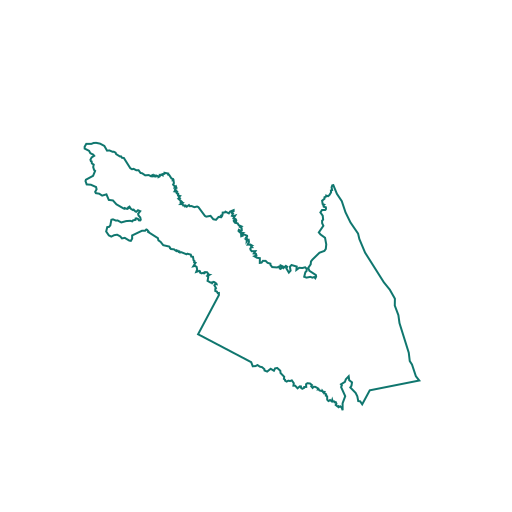 Manicoré, Amazonas, Brazil, rotated 118°
{"feature_id": "56859067B26711043280922", "entity_name": "Manicoré", "entity_type": "district", "adm_level": 2, "iso_a3": "BRA", "parent_name": "Brazil", "parent_adm1": "Amazonas", "projection": "natural_earth1", "projection_center": [-61.559, -6.788], "detail": "fine", "context": "isolated", "style": "outline", "palette": "teal", "viewbox_px": 512, "rotation_deg": 118, "n_neighbors": 0, "source": "geoboundaries", "source_scale": "gbopen_adm2", "svg_char_len": 6156}
<svg xmlns="http://www.w3.org/2000/svg" viewBox="0 0 512 512"><g transform="rotate(118 256 256)"><path d="M253.9,441.5L256.0,439.4L256.4,438.0L261.7,437.5L268.5,442.0L269.9,441.7L272.3,439.1L270.6,435.3L270.2,429.6L271.9,428.1L274.9,428.1L275.7,426.9L274.6,423.7L274.9,420.2L271.8,417.0L275.6,412.3L274.1,408.4L275.9,403.5L276.2,395.2L276.0,394.3L275.3,394.4L274.9,391.8L273.5,390.9L273.1,391.6L271.8,390.9L273.1,388.6L273.2,386.2L272.5,385.8L273.3,383.4L273.2,382.5L271.0,381.7L270.8,379.3L274.1,379.9L275.4,378.7L276.3,376.3L278.1,374.8L278.9,374.9L279.5,376.1L278.7,377.6L278.9,379.3L279.4,379.9L280.7,379.4L282.2,381.3L283.5,381.5L284.0,383.6L286.1,387.0L289.6,390.7L289.6,394.9L290.5,396.3L290.8,399.5L291.9,400.7L297.4,399.0L299.4,399.5L300.3,400.9L304.7,399.8L306.9,395.6L306.8,392.9L304.2,391.0L302.4,388.6L302.4,385.1L303.4,382.6L301.6,380.4L301.9,375.2L301.4,373.6L298.8,373.5L296.0,375.0L287.2,368.5L285.8,365.8L284.1,365.3L284.0,364.5L284.8,362.4L285.4,362.5L286.3,351.0L288.0,349.5L288.3,346.9L290.0,343.0L288.4,337.0L289.1,335.6L290.2,335.4L289.6,335.2L289.8,334.4L288.6,331.5L289.0,329.5L288.3,328.9L288.9,328.3L288.1,327.4L288.7,326.3L287.9,325.7L288.6,324.7L287.7,323.7L287.1,318.2L286.2,317.7L285.4,314.2L286.9,312.9L286.3,311.3L289.2,309.0L289.4,307.9L290.6,307.6L290.4,306.2L294.5,306.5L293.3,305.1L293.5,303.3L295.6,301.6L298.1,301.3L295.8,299.1L295.8,298.2L296.9,297.6L296.9,296.0L295.5,294.4L295.7,293.7L294.5,293.1L294.7,293.9L294.2,293.6L293.3,291.6L294.1,289.9L294.9,289.8L294.4,288.2L296.6,289.6L296.9,288.3L300.7,287.1L300.8,283.6L300.2,282.8L300.6,282.0L298.9,281.6L298.6,280.5L299.0,278.0L299.4,277.6L299.7,278.7L301.4,279.0L303.2,276.2L304.2,276.5L306.0,275.5L305.8,273.8L306.8,272.3L306.1,271.4L307.9,270.4L352.3,270.4L352.0,210.4L354.9,207.1L353.4,204.7L351.6,203.5L351.9,200.6L351.3,198.5L352.0,195.5L353.1,194.7L352.8,191.9L348.7,190.1L348.9,186.3L346.3,186.4L344.9,184.7L345.9,180.7L347.8,179.4L349.4,174.4L351.4,173.7L351.7,172.2L352.4,171.8L352.5,170.0L350.9,168.9L350.4,167.2L349.0,166.0L350.6,162.9L352.9,162.1L352.1,160.6L353.3,157.2L350.5,156.1L350.1,155.1L351.2,154.5L351.5,152.8L349.8,151.6L349.0,151.9L348.0,150.2L345.7,151.6L344.2,150.9L343.2,148.4L343.7,146.0L345.1,146.1L345.9,144.1L344.4,143.7L343.7,142.2L343.8,138.8L344.7,138.7L344.3,138.2L344.9,136.8L344.3,134.2L343.8,134.3L344.4,133.0L344.0,132.1L344.9,132.3L345.0,131.4L345.7,131.9L344.9,130.3L345.2,129.1L346.5,128.8L346.5,127.3L349.4,125.7L349.9,124.5L350.0,123.8L348.4,123.0L348.8,120.8L347.3,121.1L348.3,120.1L347.7,118.6L348.3,117.9L347.6,117.0L348.7,115.6L350.1,115.7L350.6,113.2L350.0,112.8L350.6,112.0L349.2,111.1L349.7,109.2L351.5,107.1L345.4,110.4L337.9,111.4L331.8,119.3L329.9,119.5L329.4,120.7L325.4,118.4L322.7,118.8L318.7,117.7L321.9,115.4L322.5,111.9L325.7,110.8L327.8,111.0L330.1,103.8L332.3,100.7L336.1,97.6L335.4,95.8L337.1,92.6L321.2,92.5L289.3,53.4L287.1,58.4L278.6,67.3L276.6,70.9L269.7,75.7L247.9,97.8L241.4,102.5L234.6,110.2L228.5,113.3L222.9,122.1L219.2,130.8L201.8,161.3L192.5,172.7L188.3,176.4L182.0,188.4L175.4,197.5L167.3,206.0L163.1,213.8L157.1,221.0L157.8,221.8L159.9,221.5L162.1,219.7L163.0,220.6L164.6,219.6L167.7,219.8L169.3,220.4L169.7,222.3L170.4,221.9L172.0,223.1L173.3,222.4L176.1,223.6L178.8,221.6L178.7,219.9L179.7,220.3L180.7,219.3L180.2,217.2L181.6,216.3L182.8,216.4L184.4,219.3L187.3,219.6L189.1,216.0L192.4,213.8L193.8,214.2L196.0,213.0L197.7,210.7L205.7,211.6L206.7,209.2L207.5,203.6L212.8,199.4L217.0,197.7L219.4,198.0L223.3,201.5L232.7,204.5L235.0,204.9L237.7,203.8L242.0,204.3L244.0,201.9L244.7,194.2L246.0,193.2L247.8,193.2L247.2,194.7L248.6,196.0L248.9,198.2L251.4,201.3L251.7,203.7L247.2,204.8L245.4,204.3L243.5,205.3L242.9,207.3L244.9,209.5L246.1,212.3L249.3,213.8L246.2,215.1L247.3,220.4L249.6,221.0L252.7,218.6L255.2,219.2L252.6,223.5L250.9,223.4L250.7,225.0L253.6,226.1L252.6,227.3L252.7,229.2L254.3,227.5L255.9,228.3L255.9,229.3L254.1,230.4L256.2,232.0L258.2,236.5L257.1,239.0L256.0,239.7L256.6,242.6L255.8,245.2L257.0,247.6L259.3,248.0L260.3,249.4L256.1,251.6L257.1,254.3L257.0,257.3L255.3,255.9L254.1,257.1L254.8,259.1L252.0,258.8L253.8,262.0L253.1,263.7L252.2,264.5L250.6,264.4L250.1,263.6L249.3,265.5L248.6,264.7L248.5,266.3L249.9,268.7L246.9,268.8L245.1,270.1L245.7,270.9L247.4,271.1L246.3,271.6L246.0,272.8L245.2,271.7L244.5,273.4L243.1,272.9L242.3,273.4L242.7,277.9L244.3,277.2L245.5,278.3L243.1,279.8L241.9,278.9L242.7,281.3L242.1,283.2L240.9,283.4L240.9,281.2L240.0,280.6L238.1,281.8L237.9,283.6L236.7,282.8L236.9,285.8L235.8,287.5L236.5,290.1L235.7,291.9L235.1,292.3L234.6,291.5L235.0,289.8L233.8,290.1L233.0,291.2L233.2,293.6L230.1,293.4L231.5,294.8L231.8,296.1L229.4,296.2L229.4,297.6L228.7,298.0L226.9,296.8L226.0,297.3L229.0,299.8L231.1,300.0L231.2,303.8L232.1,303.9L233.3,305.8L235.4,304.9L236.6,305.8L236.9,304.8L238.1,304.9L239.1,307.4L242.8,308.3L243.6,310.9L241.9,315.0L244.6,318.4L244.6,319.9L239.9,329.8L240.0,331.3L241.8,333.3L242.2,336.5L243.1,337.8L242.5,339.1L245.0,340.3L244.5,341.7L245.5,342.0L245.0,342.9L245.6,344.0L244.7,345.2L245.4,346.6L243.4,345.6L243.5,347.1L244.3,347.6L243.5,348.0L242.8,347.5L241.9,351.3L240.7,350.4L240.1,351.9L238.7,351.3L239.0,353.4L237.5,354.0L237.9,355.4L237.4,355.9L236.4,355.9L237.1,358.0L235.6,357.5L235.7,358.6L234.0,358.8L233.2,358.2L232.0,359.5L233.3,360.2L232.6,360.4L231.9,362.7L230.2,362.7L227.7,364.5L228.2,365.1L227.0,365.5L227.2,367.1L225.2,370.7L225.4,371.8L224.4,372.2L225.5,375.9L226.5,375.5L227.5,376.9L228.6,376.3L228.7,378.0L229.8,378.3L229.8,379.0L231.1,378.5L232.1,379.2L231.5,379.6L231.8,381.8L232.9,381.8L233.5,383.4L232.5,383.1L232.4,383.6L233.0,385.0L234.5,385.1L234.7,385.7L233.8,385.8L234.9,386.6L234.9,388.7L236.8,391.7L236.4,395.4L236.9,396.9L235.4,400.0L236.5,401.9L236.5,405.0L237.6,406.2L237.5,408.2L231.5,418.7L232.2,420.4L231.4,422.0L232.0,422.9L231.7,427.3L230.7,428.5L230.7,430.6L231.3,431.5L231.6,434.9L232.9,437.0L230.0,441.6L230.0,446.4L231.1,450.2L232.4,452.4L234.3,454.0L236.7,458.5L240.0,458.6L241.6,457.7L241.5,452.8L243.0,450.5L242.9,447.3L243.5,445.9L246.1,447.4L248.7,447.4L249.8,446.3L249.7,445.5L251.3,444.4L251.5,442.2L253.9,441.5Z" fill="none" stroke="#0f766e" stroke-width="2"/></g></svg>